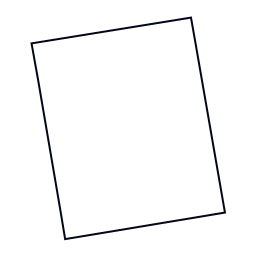 Gove, Kansas, United States of America, rotated 80°
{"feature_id": "52423323B49129985774033", "entity_name": "Gove", "entity_type": "district", "adm_level": 2, "iso_a3": "USA", "parent_name": "United States of America", "parent_adm1": "Kansas", "projection": "natural_earth1", "projection_center": [-100.507, 38.915], "detail": "fine", "context": "isolated", "style": "outline", "palette": "ink", "viewbox_px": 256, "rotation_deg": 80, "n_neighbors": 0, "source": "geoboundaries", "source_scale": "gbopen_adm2", "svg_char_len": 263}
<svg xmlns="http://www.w3.org/2000/svg" viewBox="0 0 256 256"><g transform="rotate(80 128 128)"><path d="M30.2,46.8L27.9,208.3L67.0,208.2L198.6,208.9L226.5,209.2L228.1,47.2L223.2,47.2L57.2,46.8L30.2,46.8Z" fill="none" stroke="#020617" stroke-width="2"/></g></svg>